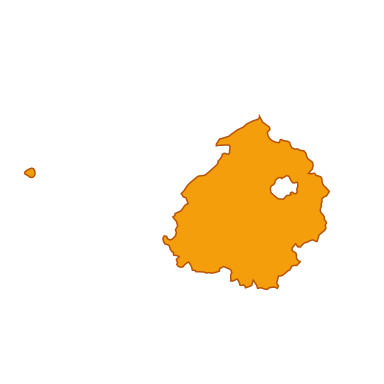 map outline of North Gyeongsang (Equal Earth projection), rotated 227°
{"feature_id": "KOR-2509", "entity_name": "North Gyeongsang", "entity_type": "Metropolitan City", "adm_level": 1, "iso_a3": "KOR", "parent_name": "South Korea", "parent_adm1": "", "projection": "equal_earth", "projection_center": [128.783, 36.538], "detail": "fine", "context": "isolated", "style": "filled", "palette": "amber", "viewbox_px": 384, "rotation_deg": 227, "n_neighbors": 0, "source": "natural_earth", "source_scale": "10m", "svg_char_len": 3829}
<svg xmlns="http://www.w3.org/2000/svg" viewBox="0 0 384 384"><g transform="rotate(227 192 192)"><path d="M198.1,183.0L198.5,187.5L199.7,192.0L200.1,196.5L199.6,205.8L199.1,207.8L196.6,211.1L195.6,212.9L195.2,215.1L194.9,228.3L195.2,230.1L195.7,231.1L196.2,231.5L196.7,232.0L197.1,235.7L197.8,238.6L198.4,239.1L198.9,239.7L198.6,241.4L197.9,242.4L197.1,242.8L196.2,243.1L194.9,244.3L194.8,245.8L196.5,247.6L197.8,249.1L199.1,250.8L200.8,251.1L202.9,249.3L208.1,243.1L209.2,241.3L210.5,242.5L210.8,244.4L211.4,246.3L211.9,248.5L210.6,250.7L207.6,257.0L207.4,259.9L206.5,267.4L204.4,273.9L204.5,278.0L202.4,285.1L200.8,288.5L200.1,290.2L200.7,292.2L201.4,293.0L194.8,291.3L187.0,292.8L185.7,292.4L184.6,291.6L184.4,290.2L184.4,288.5L183.6,287.2L180.7,285.8L177.9,285.2L175.0,285.6L171.5,287.0L168.7,289.3L169.2,290.8L170.0,292.2L169.5,293.3L168.2,293.4L166.1,294.7L164.1,296.4L161.7,297.3L159.3,296.0L156.1,295.2L153.1,296.5L152.2,297.8L151.0,298.9L149.8,299.1L148.6,299.5L145.9,301.9L142.8,301.8L140.3,300.3L137.5,299.4L134.4,300.0L131.4,300.4L128.8,298.6L126.8,295.8L126.1,289.8L124.2,291.4L122.1,294.5L119.8,294.0L115.4,296.5L113.1,296.0L110.9,294.2L108.7,293.1L106.3,292.6L103.8,293.0L98.7,292.8L97.4,287.7L98.4,285.2L98.5,282.7L97.4,281.3L96.1,280.4L95.8,279.5L95.3,278.4L93.5,277.1L92.4,274.8L90.8,273.0L88.7,272.2L86.4,272.2L84.0,272.0L82.6,271.0L81.6,270.1L79.1,269.8L78.4,269.6L77.7,269.3L77.4,268.4L77.3,267.5L76.6,266.8L75.8,266.2L74.1,265.2L73.5,262.7L73.9,255.7L70.5,249.6L72.5,248.5L74.6,247.8L75.9,245.1L76.6,242.3L77.2,241.0L78.0,240.0L78.2,238.2L78.2,236.7L77.8,233.8L79.8,231.9L81.7,232.3L83.5,232.5L82.6,226.8L80.7,225.3L76.5,226.4L74.9,225.6L72.6,223.5L70.6,222.8L67.2,223.6L66.8,218.4L68.6,216.7L69.8,214.2L68.9,212.5L68.4,210.6L68.9,208.0L69.2,202.0L70.1,199.5L71.6,198.0L67.6,191.7L64.3,191.2L63.4,188.7L64.6,188.1L65.8,187.8L67.0,186.5L68.9,183.8L69.4,182.7L69.3,181.7L69.6,180.4L72.1,178.6L75.0,177.1L76.8,174.3L79.9,175.7L85.8,176.7L84.6,174.3L83.0,172.1L83.6,169.9L84.6,167.5L85.6,165.7L86.9,166.6L88.6,166.5L89.9,164.5L91.3,163.6L92.7,164.5L95.2,165.4L97.6,165.6L98.2,163.8L98.6,162.2L99.4,160.7L100.5,159.6L101.6,160.9L102.9,161.9L104.9,163.7L106.1,166.3L109.0,167.3L115.9,164.3L117.2,160.0L116.1,158.9L115.5,157.9L116.5,155.8L117.4,153.8L119.2,151.1L121.8,149.1L122.5,147.8L123.5,146.9L125.2,146.3L126.6,144.9L128.7,143.0L130.6,140.9L131.4,140.4L132.3,140.8L133.5,140.1L134.5,138.9L136.6,140.1L138.6,141.0L141.1,141.5L143.1,141.8L143.6,139.4L143.9,136.9L143.4,134.3L144.8,132.3L147.1,131.2L149.3,131.4L150.5,133.6L152.1,133.9L153.5,134.7L153.3,136.6L153.5,138.5L155.9,137.5L158.3,135.5L159.3,136.0L160.0,137.0L160.9,137.1L162.0,136.6L165.2,137.2L168.2,138.7L170.4,138.1L172.6,136.8L175.4,137.5L178.0,139.2L178.8,141.7L176.8,143.2L174.4,142.2L172.9,142.8L171.5,143.9L170.9,146.6L171.3,150.2L173.0,152.9L175.7,154.2L176.3,156.5L177.1,158.5L179.0,159.4L180.7,160.5L186.8,160.9L186.4,163.4L187.2,164.1L187.8,164.9L186.9,167.7L185.8,170.6L186.1,173.6L186.8,176.3L187.1,178.7L186.1,181.3L191.9,183.6L194.5,182.3L197.2,183.0L198.1,183.0ZM141.9,266.9L143.2,265.5L143.7,263.7L143.6,261.9L143.4,260.2L142.6,259.3L141.9,258.3L141.9,255.5L142.3,254.8L142.3,253.9L141.3,251.9L137.9,249.3L133.6,249.6L128.3,250.4L124.4,253.9L124.9,258.9L123.5,260.5L122.6,262.7L123.4,262.8L124.1,263.1L124.0,264.2L123.6,265.2L122.3,265.5L121.1,265.5L119.9,267.2L120.4,269.2L121.7,269.8L122.9,271.0L123.9,273.1L125.3,274.4L126.3,275.1L127.1,275.7L127.7,275.2L128.9,272.9L130.1,271.9L132.8,272.2L137.6,273.6L139.4,272.4L139.7,271.3L139.7,270.6L140.4,268.4L140.6,267.5L140.5,266.8L141.3,266.7L141.9,266.9ZM319.2,82.1L320.6,83.3L320.5,86.0L319.6,89.1L318.7,91.1L317.1,91.9L315.0,91.5L313.0,90.2L311.6,88.5L311.2,86.3L311.9,84.7L313.3,83.6L316.3,83.1L318.2,82.4L319.2,82.1Z" fill="#f59e0b" stroke="#b45309" stroke-width="1.5"/></g></svg>